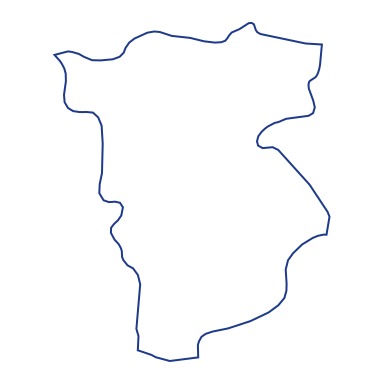 the border of Mila
{"feature_id": "DZA-2220", "entity_name": "Mila", "entity_type": "Province", "adm_level": 1, "iso_a3": "DZA", "parent_name": "Algeria", "parent_adm1": "", "projection": "equal_earth", "projection_center": [6.134, 36.259], "detail": "fine", "context": "isolated", "style": "outline", "palette": "blue", "viewbox_px": 384, "rotation_deg": 0, "n_neighbors": 0, "source": "natural_earth", "source_scale": "10m", "svg_char_len": 1592}
<svg xmlns="http://www.w3.org/2000/svg" viewBox="0 0 384 384"><path d="M79.9,112.1L73.1,111.1L68.0,108.0L64.6,102.2L64.0,94.9L65.9,81.3L65.7,73.6L64.3,68.5L61.7,63.6L59.8,60.8L54.5,54.9L68.0,51.4L72.2,52.0L78.8,53.9L84.1,56.9L92.1,60.2L100.6,60.4L112.8,59.3L119.6,56.8L123.7,52.7L125.5,48.0L129.2,42.6L134.4,38.6L147.3,32.7L154.3,31.5L159.8,32.0L171.8,35.9L190.2,37.9L204.0,41.3L215.0,42.6L221.2,42.2L225.2,40.8L227.3,38.3L229.3,35.2L231.7,32.5L239.5,29.1L248.8,23.1L251.8,23.0L253.9,24.3L255.8,30.0L257.3,32.2L260.4,34.0L305.6,43.5L321.9,44.5L320.0,65.1L319.2,69.1L318.0,73.0L316.7,75.7L315.4,77.3L310.3,80.6L309.1,81.8L308.5,84.6L308.8,88.5L313.2,100.5L314.8,107.4L313.1,113.1L308.6,115.8L286.1,118.8L278.3,122.1L274.7,122.9L267.8,126.5L264.9,128.7L261.6,131.8L258.3,136.3L257.0,141.3L258.1,145.6L262.6,148.1L272.6,147.2L278.2,149.9L309.6,184.7L327.6,211.9L329.5,216.7L326.5,234.7L323.5,234.6L318.0,235.8L312.8,237.9L302.2,244.4L293.0,253.3L288.0,260.3L285.7,269.5L286.6,283.7L286.4,290.8L284.4,298.0L278.4,305.2L268.5,312.5L250.4,321.1L228.1,328.4L212.4,331.6L205.6,333.9L201.5,336.8L199.0,341.3L197.9,344.9L198.2,357.4L169.8,361.0L155.7,357.2L151.7,355.0L137.8,350.3L138.5,336.1L136.4,328.9L140.2,284.3L137.9,275.0L133.1,268.4L127.5,265.3L123.5,260.3L122.1,257.0L121.8,251.2L121.0,248.4L118.8,244.3L114.5,239.6L110.9,232.8L111.1,227.8L114.0,224.0L117.9,220.4L121.3,215.5L122.9,207.3L120.0,202.8L115.2,201.7L108.9,202.1L103.6,200.3L99.3,193.2L99.7,184.1L102.0,173.0L102.7,143.4L101.6,125.6L98.2,117.4L93.0,112.6L86.6,112.0L79.9,112.1Z" fill="none" stroke="#1e3a8a" stroke-width="2"/></svg>